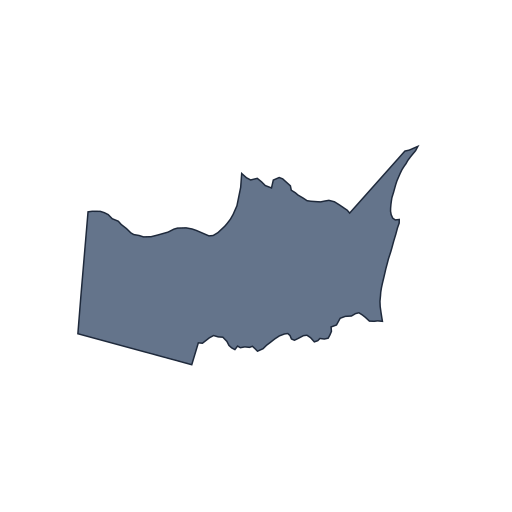 the district of Parnaíba, Piauí, Brazil, rotated 63°
{"feature_id": "56859067B40128359128951", "entity_name": "Parnaíba", "entity_type": "district", "adm_level": 2, "iso_a3": "BRA", "parent_name": "Brazil", "parent_adm1": "Piauí", "projection": "orthographic", "projection_center": [-41.745, -2.939], "detail": "fine", "context": "isolated", "style": "filled", "palette": "slate", "viewbox_px": 512, "rotation_deg": 63, "n_neighbors": 0, "source": "geoboundaries", "source_scale": "gbopen_adm2", "svg_char_len": 2076}
<svg xmlns="http://www.w3.org/2000/svg" viewBox="0 0 512 512"><g transform="rotate(63 256 256)"><path d="M140.4,385.6L210.4,429.1L235.1,444.3L244.4,450.0L304.7,383.5L323.7,362.6L307.2,346.8L309.4,343.3L308.4,338.1L307.7,334.6L307.6,329.9L310.9,326.4L313.3,322.4L318.9,320.7L323.4,320.7L326.8,319.4L329.8,317.3L327.9,313.3L330.6,311.6L331.9,307.2L334.5,303.2L334.8,300.2L338.3,298.9L341.5,297.9L341.8,291.8L340.3,287.1L339.5,282.5L338.4,277.0L337.8,271.4L338.4,266.0L339.5,262.9L342.3,261.8L346.0,262.1L348.5,260.0L348.6,256.3L348.5,249.9L349.7,246.6L353.5,244.5L359.0,243.0L359.5,239.4L358.5,236.5L361.0,232.8L362.0,229.0L360.0,226.1L357.4,223.0L353.3,221.3L354.0,215.6L349.7,209.3L350.3,203.9L352.8,198.2L352.5,193.5L353.3,190.1L356.8,188.0L360.3,186.4L365.5,184.5L367.8,180.4L369.0,177.1L371.6,173.0L368.4,172.0L363.5,170.4L357.4,168.3L352.6,166.1L347.9,163.1L344.9,161.3L341.2,158.6L338.0,156.0L333.1,151.8L329.3,148.6L326.3,146.1L322.2,142.4L318.7,139.3L315.8,136.4L313.4,134.0L310.4,131.2L305.2,126.5L299.9,121.4L295.2,117.2L291.7,113.5L288.5,111.8L287.1,115.5L284.4,117.0L280.5,116.8L277.2,115.8L274.4,114.3L271.2,112.3L268.3,110.3L265.8,108.5L261.8,104.6L258.3,101.4L255.8,99.1L253.0,96.3L250.6,93.4L247.8,90.0L245.3,86.7L243.3,83.3L241.8,80.4L239.8,77.4L237.9,73.6L236.1,69.5L234.6,66.0L231.8,62.0L231.2,71.5L230.1,75.7L260.3,153.1L256.7,153.9L253.6,155.6L248.5,158.4L243.3,161.5L239.5,165.8L238.3,169.6L237.1,173.9L235.6,176.5L232.1,182.3L229.9,185.4L225.8,187.7L220.8,190.9L217.6,192.2L213.4,194.7L209.1,193.5L199.4,197.2L196.6,199.7L196.2,206.1L202.4,211.3L197.4,215.8L192.4,217.4L187.4,219.6L185.8,226.3L181.9,229.0L176.0,231.3L187.9,238.5L202.6,250.2L206.6,255.1L208.5,257.4L211.6,262.1L213.9,266.9L215.3,270.3L217.9,279.3L218.3,284.9L216.7,288.8L206.1,297.6L202.9,300.7L199.2,305.5L195.5,313.3L194.8,316.9L194.8,323.5L192.7,334.0L191.2,340.7L187.9,347.6L184.7,350.8L181.4,355.2L178.6,357.0L172.7,359.0L166.7,361.8L162.5,362.9L157.5,367.2L152.0,368.9L148.5,371.5L145.5,374.5L141.8,381.6L140.4,385.6Z" fill="#64748b" stroke="#1e293b" stroke-width="1.5"/></g></svg>